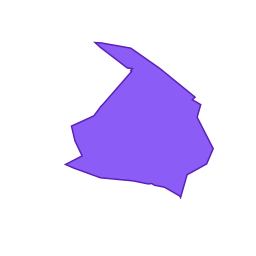 Mary, Mary, Turkmenistan (Equal Earth projection), rotated 321°
{"feature_id": "10190150B47066979897930", "entity_name": "Mary", "entity_type": "district", "adm_level": 2, "iso_a3": "TKM", "parent_name": "Turkmenistan", "parent_adm1": "Mary", "projection": "equal_earth", "projection_center": [61.762, 37.519], "detail": "fine", "context": "isolated", "style": "filled", "palette": "violet", "viewbox_px": 256, "rotation_deg": 321, "n_neighbors": 0, "source": "geoboundaries", "source_scale": "gbopen_adm2", "svg_char_len": 547}
<svg xmlns="http://www.w3.org/2000/svg" viewBox="0 0 256 256"><g transform="rotate(321 128 128)"><path d="M166.2,85.1L166.5,86.3L122.5,94.0L121.2,94.0L109.1,97.1L85.3,90.9L78.7,104.6L74.8,120.8L56.5,117.0L60.9,125.5L75.3,149.4L98.8,172.4L108.5,184.2L111.5,186.1L112.5,189.0L119.1,197.0L125.4,213.4L125.1,215.1L144.5,201.5L166.5,205.4L181.2,197.7L188.5,163.1L199.2,155.6L195.8,146.5L199.5,146.2L190.2,101.8L180.4,67.7L160.6,44.9L156.2,40.9L157.3,48.0L165.2,80.9L168.8,84.6L166.2,85.1Z" fill="#8b5cf6" stroke="#5b21b6" stroke-width="1.5"/></g></svg>